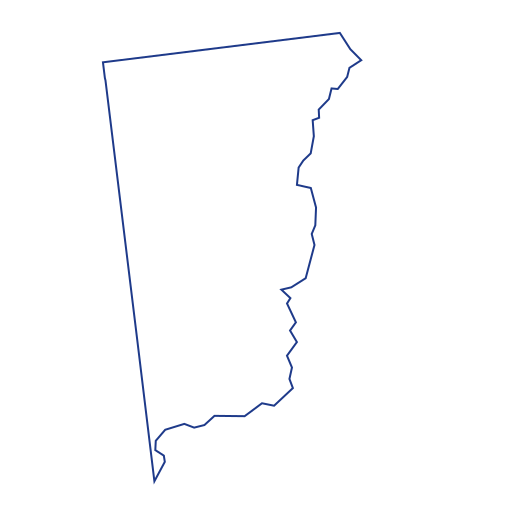 the district of Ward, Texas, United States of America, rotated 263°
{"feature_id": "52423323B69201645731080", "entity_name": "Ward", "entity_type": "district", "adm_level": 2, "iso_a3": "USA", "parent_name": "United States of America", "parent_adm1": "Texas", "projection": "equal_earth", "projection_center": [-103.189, 31.459], "detail": "fine", "context": "isolated", "style": "outline", "palette": "blue", "viewbox_px": 512, "rotation_deg": 263, "n_neighbors": 0, "source": "geoboundaries", "source_scale": "gbopen_adm2", "svg_char_len": 768}
<svg xmlns="http://www.w3.org/2000/svg" viewBox="0 0 512 512"><g transform="rotate(263 256 256)"><path d="M451.1,127.7L448.6,128.0L186.6,127.9L44.8,127.7L62.8,140.4L69.1,140.2L75.6,132.4L84.8,134.0L94.6,144.7L98.1,164.4L93.2,173.7L94.5,184.2L102.4,195.3L98.4,225.2L109.1,244.0L105.2,255.7L120.4,276.5L129.9,274.2L140.9,278.1L153.3,274.6L165.6,286.1L177.9,280.7L185.3,287.5L205.1,281.0L210.0,285.0L219.5,277.1L220.6,287.2L227.9,302.6L259.8,315.4L271.1,314.0L279.2,318.6L296.8,321.5L316.8,318.7L321.6,305.3L338.6,309.1L345.0,314.6L351.2,322.8L367.8,328.0L383.9,328.8L385.5,335.5L393.7,336.1L402.9,347.5L413.1,351.4L411.8,357.5L422.6,368.3L431.4,371.7L437.5,384.3L449.8,374.8L467.2,366.4L466.9,127.7L451.1,127.7Z" fill="none" stroke="#1e3a8a" stroke-width="2"/></g></svg>